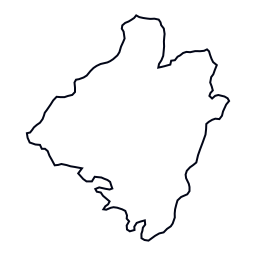 the district of São José da Bela Vista, São Paulo, Brazil
{"feature_id": "56859067B616331535094", "entity_name": "São José da Bela Vista", "entity_type": "district", "adm_level": 2, "iso_a3": "BRA", "parent_name": "Brazil", "parent_adm1": "São Paulo", "projection": "orthographic", "projection_center": [-47.627, -20.59], "detail": "fine", "context": "isolated", "style": "outline", "palette": "ink", "viewbox_px": 256, "rotation_deg": 0, "n_neighbors": 0, "source": "geoboundaries", "source_scale": "gbopen_adm2", "svg_char_len": 2345}
<svg xmlns="http://www.w3.org/2000/svg" viewBox="0 0 256 256"><path d="M163.6,232.4L167.0,228.9L170.8,226.3L172.7,223.5L174.8,217.5L174.7,213.5L175.1,209.3L176.3,204.5L177.5,200.4L181.1,197.0L184.3,195.6L187.3,194.3L189.5,191.1L189.5,187.0L188.8,183.8L186.1,178.2L185.6,174.6L186.8,170.8L190.0,167.3L193.1,165.1L196.3,162.5L198.0,155.3L200.1,149.3L202.6,142.7L205.5,134.6L206.1,129.0L206.3,124.0L208.7,121.9L212.2,119.8L215.3,118.7L219.4,119.1L222.0,115.7L223.0,111.5L226.2,104.5L229.1,101.0L227.6,98.3L224.5,96.5L218.3,95.0L215.2,95.8L212.1,98.5L209.4,95.9L210.4,93.1L212.8,90.4L211.7,86.4L210.2,82.5L211.2,77.1L213.3,74.3L214.9,69.8L216.8,65.1L213.1,62.1L211.5,58.8L210.1,55.0L209.0,51.3L207.0,49.4L204.1,50.8L200.1,51.2L195.2,51.1L190.2,52.2L186.4,51.9L183.1,53.0L180.1,55.4L177.6,56.7L174.9,60.2L171.2,60.7L170.3,64.6L167.3,65.4L164.5,66.2L161.2,67.0L158.3,67.6L159.0,64.0L161.4,60.3L163.2,55.9L163.7,51.0L164.1,46.4L163.9,41.5L164.2,37.7L164.6,34.0L163.8,28.5L161.2,25.2L160.5,22.3L158.7,19.6L154.5,18.7L150.3,18.9L147.5,18.6L143.3,18.0L139.3,17.1L136.2,15.4L134.1,18.0L131.4,19.8L128.6,21.5L125.2,22.9L122.3,25.4L121.8,28.7L123.6,31.6L124.6,38.5L123.2,41.9L121.0,46.7L119.4,52.2L117.4,55.4L113.1,59.2L110.2,61.1L107.5,62.4L100.6,64.0L96.6,65.9L93.5,68.0L90.4,71.1L86.8,75.5L83.6,77.5L78.9,79.2L76.0,79.7L74.5,82.5L75.0,87.6L75.0,92.0L72.3,94.9L67.8,96.0L64.6,97.1L60.1,97.1L56.6,96.8L53.2,100.4L50.5,104.7L46.7,110.2L44.8,112.7L43.9,115.7L42.6,119.1L40.0,122.7L36.8,124.9L33.9,127.4L32.1,130.0L30.1,132.5L26.9,133.2L27.6,137.8L29.7,142.5L35.4,144.5L40.0,144.9L41.8,148.8L45.0,148.8L47.7,151.1L49.4,155.6L52.1,160.4L54.7,165.3L58.3,164.9L61.4,164.0L66.7,165.1L70.6,166.3L74.4,166.9L82.0,168.3L78.2,173.4L83.2,179.0L86.5,181.4L91.9,181.4L94.7,176.8L101.4,177.5L104.1,178.7L107.5,180.0L110.1,181.9L111.2,185.4L112.3,188.5L109.6,189.5L105.5,188.8L99.2,187.4L95.3,189.0L96.8,191.7L100.8,192.5L103.0,195.8L106.2,198.5L109.6,201.4L108.1,204.3L105.3,206.3L103.4,209.3L106.2,209.7L110.7,207.8L113.5,207.2L117.2,207.7L122.1,209.3L125.3,210.9L127.0,215.4L126.7,218.6L129.1,221.3L126.7,225.5L127.0,229.5L129.8,231.3L134.5,230.0L134.3,226.7L136.7,222.9L140.7,221.5L144.8,220.4L145.2,224.6L142.9,227.6L142.4,230.8L141.4,233.9L141.5,238.2L144.5,240.0L148.5,240.6L155.1,235.8L159.3,233.4L163.6,232.4Z" fill="none" stroke="#020617" stroke-width="2"/></svg>